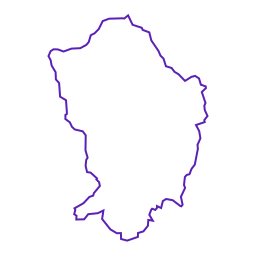 Makedonski Brod, Brod, North Macedonia
{"feature_id": "65306769B48467279151544", "entity_name": "Makedonski Brod", "entity_type": "district", "adm_level": 2, "iso_a3": "MKD", "parent_name": "North Macedonia", "parent_adm1": "Brod", "projection": "equal_earth", "projection_center": [21.207, 41.644], "detail": "fine", "context": "isolated", "style": "outline", "palette": "violet", "viewbox_px": 256, "rotation_deg": 0, "n_neighbors": 0, "source": "geoboundaries", "source_scale": "gbopen_adm2", "svg_char_len": 1485}
<svg xmlns="http://www.w3.org/2000/svg" viewBox="0 0 256 256"><path d="M205.9,88.1L205.7,86.4L200.9,84.7L199.0,78.4L195.1,75.9L191.4,76.9L185.0,80.9L178.5,74.2L174.6,71.9L171.6,68.0L165.9,66.2L163.5,58.5L160.5,55.7L158.5,51.0L151.3,40.4L149.3,32.4L142.7,29.9L141.8,27.8L132.6,24.8L128.1,15.4L124.3,18.5L122.4,18.3L109.1,18.7L102.7,21.1L98.8,29.0L94.6,33.3L90.8,35.2L88.7,42.1L86.3,44.9L80.2,48.2L71.5,48.6L63.6,51.5L57.8,49.4L53.5,49.3L50.6,51.2L48.5,56.1L50.7,60.3L51.6,65.5L55.6,72.2L55.9,79.4L59.1,83.0L60.1,96.7L66.0,100.2L66.9,112.5L66.7,114.2L65.4,114.9L65.4,119.0L69.8,122.3L72.0,126.9L74.9,129.5L82.7,131.3L85.7,135.3L85.5,150.4L87.6,157.6L86.2,160.0L85.6,166.0L87.1,172.1L90.6,172.6L97.0,178.4L96.4,179.5L99.0,182.0L99.9,185.9L93.9,193.1L93.2,195.6L89.4,196.9L83.5,203.2L74.5,208.3L75.3,209.8L74.2,214.2L76.5,215.7L76.3,219.5L84.2,219.3L88.2,214.2L97.8,213.2L103.4,210.5L102.1,219.0L110.4,229.4L116.8,233.2L120.9,233.1L121.1,239.0L127.2,240.6L137.9,236.9L138.0,233.0L143.4,231.4L147.9,225.8L148.3,219.9L152.8,220.7L149.3,214.8L151.3,209.6L152.1,208.7L155.3,209.9L157.1,207.8L157.0,206.1L161.1,208.0L162.9,201.0L166.1,199.0L172.7,200.2L180.3,206.0L181.4,206.3L182.6,204.7L180.9,196.8L185.1,187.9L184.0,185.0L184.9,177.0L186.6,175.0L189.5,174.2L191.5,168.9L194.8,164.6L197.9,148.7L197.5,144.9L200.4,138.3L199.2,131.1L196.0,125.0L204.7,122.1L204.3,120.1L207.5,116.0L204.8,110.1L204.3,105.8L205.5,103.0L201.8,92.0L205.9,88.1Z" fill="none" stroke="#5b21b6" stroke-width="2"/></svg>